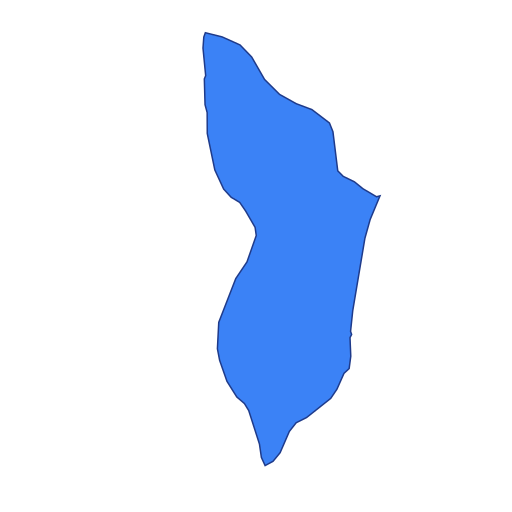 San Gaspar Ixchil, Huehuetenango, Guatemala, rotated 21°
{"feature_id": "79465075B65859415879145", "entity_name": "San Gaspar Ixchil", "entity_type": "district", "adm_level": 2, "iso_a3": "GTM", "parent_name": "Guatemala", "parent_adm1": "Huehuetenango", "projection": "orthographic", "projection_center": [-91.718, 15.374], "detail": "fine", "context": "isolated", "style": "filled", "palette": "blue", "viewbox_px": 512, "rotation_deg": 21, "n_neighbors": 0, "source": "geoboundaries", "source_scale": "gbopen_adm2", "svg_char_len": 867}
<svg xmlns="http://www.w3.org/2000/svg" viewBox="0 0 512 512"><g transform="rotate(21 256 256)"><path d="M128.7,65.7L128.8,70.3L132.0,80.9L144.4,105.7L144.3,109.2L154.2,133.0L159.0,139.6L166.6,159.1L186.7,190.4L201.8,205.1L211.8,210.1L221.6,211.8L230.3,217.8L244.9,229.6L248.9,236.8L249.7,264.7L245.2,284.3L245.0,331.3L253.2,356.4L259.4,366.4L273.8,383.4L288.6,394.5L298.1,397.9L304.6,402.9L326.6,430.3L333.2,442.1L339.6,448.4L345.5,441.5L349.0,431.0L350.0,407.8L353.3,397.2L361.1,388.7L376.8,362.1L379.3,351.3L380.2,334.0L383.3,327.7L380.4,315.6L373.0,298.5L373.4,295.0L371.3,292.5L365.9,272.3L351.3,200.3L349.5,181.0L350.2,155.4L347.3,157.5L331.8,154.9L321.4,151.5L308.9,150.4L301.8,147.2L283.3,112.4L276.9,105.5L255.8,99.3L238.9,99.4L220.1,96.7L200.7,88.1L180.7,71.8L165.5,64.7L145.9,63.6L128.7,65.7Z" fill="#3b82f6" stroke="#1e3a8a" stroke-width="1.5"/></g></svg>